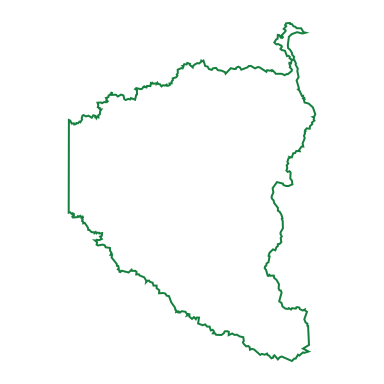 Oriximiná, Pará, Brazil
{"feature_id": "56859067B55798525493506", "entity_name": "Oriximiná", "entity_type": "district", "adm_level": 2, "iso_a3": "BRA", "parent_name": "Brazil", "parent_adm1": "Pará", "projection": "orthographic", "projection_center": [-56.798, 0.267], "detail": "fine", "context": "isolated", "style": "outline", "palette": "green", "viewbox_px": 384, "rotation_deg": 0, "n_neighbors": 0, "source": "geoboundaries", "source_scale": "gbopen_adm2", "svg_char_len": 5875}
<svg xmlns="http://www.w3.org/2000/svg" viewBox="0 0 384 384"><path d="M68.7,212.7L70.3,212.4L72.0,214.2L72.7,213.3L73.8,213.9L73.9,215.5L72.4,216.8L73.0,217.5L77.0,217.2L77.9,216.1L78.8,216.9L80.1,215.9L80.5,216.7L82.6,216.5L83.0,217.6L81.7,218.4L82.7,219.8L82.1,221.0L83.2,221.9L83.2,223.3L84.7,222.9L87.8,227.4L88.3,229.9L89.2,229.8L91.5,232.1L94.1,232.3L94.4,233.2L95.7,232.0L96.4,233.2L96.8,232.7L99.1,232.8L99.4,233.5L102.1,233.1L101.8,235.8L100.1,236.6L101.8,239.0L99.2,240.1L96.8,239.8L96.6,240.5L94.9,240.4L97.1,242.2L96.6,244.7L98.1,245.5L102.6,244.6L104.6,245.2L105.7,247.3L109.9,247.9L110.1,250.9L111.4,252.6L110.6,254.8L112.1,254.6L111.6,257.5L116.7,263.9L117.0,265.8L118.2,265.9L118.8,268.4L117.9,269.3L119.5,270.5L119.5,271.8L120.3,272.1L121.7,270.7L128.6,272.5L131.6,269.7L132.1,270.9L135.4,270.9L136.6,272.0L136.2,274.4L138.9,274.3L139.5,275.4L144.2,277.3L146.3,280.8L146.1,282.2L147.5,280.7L149.2,280.7L149.7,281.7L152.6,282.7L153.5,285.6L156.6,285.6L156.6,288.2L159.3,290.2L159.1,293.3L162.9,293.0L165.4,293.6L166.7,295.7L169.0,296.1L171.2,302.2L175.2,308.0L175.2,309.6L176.3,310.5L176.1,312.0L177.2,311.6L178.0,312.4L178.8,311.5L179.8,312.6L181.8,311.2L185.5,311.8L186.8,313.9L188.1,314.0L187.1,315.6L189.4,314.8L189.4,316.7L192.0,318.9L193.9,317.1L195.8,319.2L196.6,317.6L199.0,317.6L198.1,323.5L202.6,325.2L205.2,324.4L207.1,326.6L209.6,326.6L210.8,330.4L212.7,329.8L214.0,331.5L213.0,333.3L215.0,333.3L216.1,334.8L221.4,335.0L223.8,333.3L224.7,331.4L227.2,331.2L228.8,331.8L228.7,335.1L232.2,333.5L234.4,334.9L236.9,334.7L239.6,336.4L243.3,337.2L243.8,340.9L242.9,342.2L243.5,343.6L246.2,346.4L248.2,346.0L249.6,347.1L250.0,349.7L252.1,348.9L254.1,349.5L260.2,354.9L261.8,353.9L264.6,354.7L267.1,353.6L267.5,355.0L268.8,355.4L271.4,358.3L273.2,357.6L273.4,356.2L274.5,355.3L277.9,359.4L279.6,357.4L281.7,356.5L291.9,361.0L294.3,358.6L295.7,358.6L298.0,354.7L299.3,355.6L303.0,352.4L304.2,352.9L308.6,351.5L303.0,348.6L309.0,345.0L308.1,326.0L307.4,325.8L307.4,323.6L305.6,322.5L304.3,319.2L307.0,311.8L304.7,310.2L304.8,309.5L302.8,310.5L299.9,309.2L299.3,307.6L298.3,307.3L296.5,307.2L295.8,308.6L292.0,308.2L291.0,309.5L288.8,308.1L288.0,308.9L285.3,308.6L282.5,306.5L281.6,303.1L279.2,301.3L281.6,292.6L280.8,290.5L279.5,290.3L278.6,288.5L279.0,284.3L276.6,280.0L274.1,277.8L273.8,275.6L270.4,275.7L269.4,274.8L268.6,276.0L267.7,275.7L266.0,269.8L264.7,268.3L265.1,266.4L266.3,265.7L266.5,263.6L268.5,262.1L269.6,256.4L268.7,256.2L268.7,255.1L269.6,252.7L273.0,249.4L275.3,250.3L276.4,247.2L277.8,246.2L277.8,244.2L279.6,243.9L281.3,242.2L280.7,237.9L281.8,236.4L280.5,234.2L280.6,232.4L282.9,228.3L282.7,220.8L281.8,218.9L282.5,218.4L281.3,214.5L279.6,211.7L277.9,210.7L277.9,207.8L274.2,203.1L273.6,200.5L271.8,198.4L271.6,196.6L273.4,192.3L272.6,188.2L277.0,182.1L282.9,183.6L283.4,185.0L286.1,186.0L288.5,186.0L292.4,184.4L291.9,180.6L290.3,178.6L290.6,172.5L289.5,171.2L287.7,171.9L286.4,170.5L287.3,168.0L286.7,165.2L288.3,163.5L287.4,161.9L288.5,158.3L290.1,157.6L289.7,157.0L291.8,157.4L293.2,153.3L295.0,153.1L296.3,151.0L299.7,151.2L299.1,150.0L301.5,146.6L303.3,146.6L302.6,143.4L304.7,138.3L304.0,135.6L305.0,133.6L304.7,132.1L305.6,131.2L305.0,130.3L306.6,128.4L309.7,128.7L310.0,126.1L312.3,124.1L311.9,122.6L314.4,120.6L313.7,119.7L314.0,117.7L312.9,117.0L314.1,116.7L315.3,114.3L312.9,107.4L308.7,103.6L304.6,102.5L303.8,99.6L304.4,99.2L303.2,98.5L304.1,97.8L302.6,96.5L302.9,95.8L301.9,95.9L299.7,91.0L298.2,89.5L298.9,89.3L298.8,87.8L296.6,80.4L298.6,77.2L297.3,71.0L297.8,68.6L295.6,64.7L295.9,63.4L294.4,60.1L293.4,59.9L294.1,56.9L292.1,54.6L292.1,53.1L290.1,49.8L288.1,48.1L287.8,45.1L288.9,36.8L291.8,34.1L297.0,32.2L302.4,33.5L305.6,32.7L303.4,32.1L301.2,28.3L296.6,28.2L295.4,26.8L293.4,26.2L291.9,24.1L290.2,24.0L290.0,23.0L286.2,23.3L285.1,25.1L286.2,26.2L283.7,28.9L285.6,30.3L285.5,31.3L281.6,35.4L282.9,37.1L282.3,37.9L280.8,37.7L279.3,35.2L277.8,34.9L277.6,38.7L276.1,39.5L274.3,42.5L276.4,44.4L278.0,44.0L281.4,45.7L281.9,46.7L280.4,48.9L281.9,50.1L284.9,50.7L287.0,56.1L288.4,55.8L289.8,56.8L289.6,58.4L291.8,59.6L291.0,63.4L289.4,62.9L289.3,63.7L290.3,66.4L289.8,67.2L291.9,69.5L291.7,71.0L287.8,74.2L286.8,74.0L284.6,75.2L281.8,73.8L275.8,73.8L273.2,70.8L272.0,71.1L271.8,70.1L270.0,70.7L267.1,70.2L266.4,71.8L259.6,67.4L257.9,67.0L255.0,68.4L250.9,65.9L248.6,66.1L247.6,67.3L241.3,69.7L239.9,67.4L238.2,66.7L236.2,67.8L236.0,68.8L234.6,69.1L230.8,68.2L225.6,73.7L225.0,72.2L221.5,70.6L217.9,70.2L216.0,67.9L213.0,68.3L211.8,69.9L208.9,69.0L207.6,66.6L205.2,66.0L203.5,60.7L202.8,61.3L201.3,60.6L201.1,61.9L199.0,63.5L197.4,63.1L195.1,64.3L192.9,66.1L192.7,67.4L189.8,64.9L190.0,63.9L187.3,62.9L186.7,64.4L184.2,64.2L183.6,65.6L182.5,65.9L183.4,66.8L182.6,68.4L181.3,68.1L177.7,69.7L177.8,73.2L176.8,74.5L177.4,75.6L176.2,77.3L172.7,78.4L172.9,80.1L171.6,81.5L171.7,83.3L169.6,83.5L170.1,84.7L168.7,85.6L167.0,85.8L166.6,84.6L164.9,85.6L163.1,85.2L161.5,86.4L159.9,84.2L158.0,84.0L157.4,82.7L156.4,83.9L156.3,83.3L153.5,83.7L152.3,82.8L151.8,83.6L150.9,83.1L150.4,86.1L147.1,85.9L146.5,87.4L144.6,86.5L144.6,87.1L143.3,87.0L142.2,88.7L140.9,89.2L136.2,88.1L135.2,89.1L136.9,90.0L137.0,94.5L136.2,94.9L135.1,99.7L130.9,98.1L130.3,99.4L128.1,98.9L125.8,100.0L124.3,99.2L123.5,95.5L121.0,94.6L117.8,96.5L115.9,94.7L111.8,94.9L112.0,92.9L111.4,92.7L109.8,95.0L108.6,95.5L108.4,97.1L106.0,98.0L106.8,99.1L106.3,100.2L107.7,101.3L106.7,102.2L104.0,102.1L102.0,103.2L101.0,102.5L97.5,102.7L98.3,105.2L97.8,107.2L99.7,108.1L99.3,108.5L100.4,109.6L101.3,109.5L100.1,111.3L99.9,114.2L98.5,115.2L98.4,117.3L97.2,116.5L96.4,118.0L96.1,117.1L95.3,117.3L95.1,115.8L93.3,115.3L91.8,117.7L88.5,115.7L85.9,116.4L83.6,115.1L82.5,115.6L81.7,118.2L82.1,119.5L80.3,122.3L79.4,121.7L78.0,123.3L76.4,123.0L75.8,124.1L74.2,124.5L73.8,123.3L71.7,123.6L70.2,120.6L68.9,120.0L68.7,212.7Z" fill="none" stroke="#15803d" stroke-width="2"/></svg>